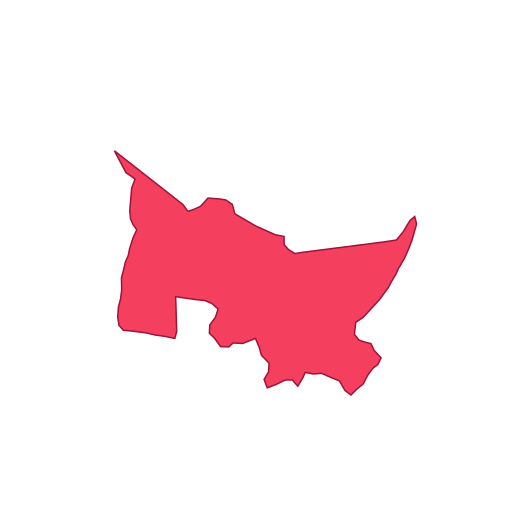 Cortês, Pernambuco, Brazil (Albers equal-area conic projection), rotated 324°
{"feature_id": "56859067B35523220446037", "entity_name": "Cortês", "entity_type": "district", "adm_level": 2, "iso_a3": "BRA", "parent_name": "Brazil", "parent_adm1": "Pernambuco", "projection": "albers", "projection_center": [-35.53, -8.422], "detail": "fine", "context": "isolated", "style": "filled", "palette": "rose", "viewbox_px": 512, "rotation_deg": 324, "n_neighbors": 0, "source": "geoboundaries", "source_scale": "gbopen_adm2", "svg_char_len": 1465}
<svg xmlns="http://www.w3.org/2000/svg" viewBox="0 0 512 512"><g transform="rotate(324 256 256)"><path d="M203.3,87.7L199.8,112.1L203.4,122.6L195.2,128.1L180.6,145.0L176.3,152.2L175.0,158.4L174.9,164.7L167.1,169.1L158.0,175.8L153.2,180.3L146.6,184.2L141.3,188.9L134.3,194.6L127.5,204.4L121.1,211.2L114.8,216.3L108.2,224.2L104.4,231.5L105.0,238.1L111.6,243.9L122.1,253.8L128.1,260.8L135.1,267.5L141.9,275.0L147.6,270.3L167.1,241.7L173.5,248.0L181.9,256.1L188.5,262.0L192.4,268.5L194.2,276.6L187.2,281.7L178.1,284.6L172.9,291.0L174.1,298.3L174.1,308.5L180.6,313.6L186.3,312.9L193.8,318.9L207.1,322.4L204.9,331.9L202.0,339.6L203.6,350.4L197.9,357.2L190.0,360.6L187.6,369.3L197.4,371.9L206.8,373.5L212.5,377.6L213.3,385.9L222.5,382.0L227.3,379.1L233.0,385.1L240.2,389.6L245.2,398.3L250.1,406.1L248.9,417.0L251.1,424.3L259.1,423.0L267.5,422.5L276.2,418.2L284.2,415.6L290.8,415.4L297.3,411.9L296.1,401.8L297.5,394.4L293.3,389.4L289.9,384.5L289.6,377.2L297.7,368.3L306.5,368.6L313.4,367.3L330.7,363.8L337.1,361.7L344.3,359.4L350.6,356.3L358.4,353.0L363.8,349.9L369.2,347.6L375.2,344.9L384.3,339.6L391.9,334.6L400.0,328.2L404.8,324.4L407.6,317.3L401.8,317.7L396.2,319.9L389.7,322.8L379.0,325.6L368.0,319.9L295.5,280.2L288.9,276.9L286.1,270.0L285.4,263.4L290.2,256.7L284.0,250.0L273.4,231.5L263.7,209.4L267.2,200.3L264.4,192.7L259.7,188.1L251.2,180.9L240.2,183.2L233.4,181.8L227.2,179.9L227.2,171.6L203.3,87.7Z" fill="#f43f5e" stroke="#9f1239" stroke-width="1.5"/></g></svg>